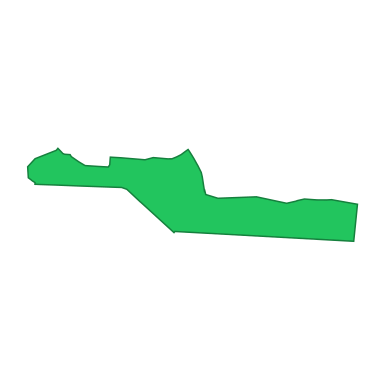 the district of New Cairo-3, Al Qahirah, Egypt, rotated 5°
{"feature_id": "37247803B49811870233448", "entity_name": "New Cairo-3", "entity_type": "district", "adm_level": 2, "iso_a3": "EGY", "parent_name": "Egypt", "parent_adm1": "Al Qahirah", "projection": "albers", "projection_center": [31.48, 29.977], "detail": "fine", "context": "isolated", "style": "filled", "palette": "green", "viewbox_px": 384, "rotation_deg": 5, "n_neighbors": 0, "source": "geoboundaries", "source_scale": "gbopen_adm2", "svg_char_len": 1017}
<svg xmlns="http://www.w3.org/2000/svg" viewBox="0 0 384 384"><g transform="rotate(5 192 192)"><path d="M34.9,198.0L36.3,197.9L39.3,197.8L56.1,196.9L79.6,195.8L83.2,195.6L108.5,194.3L116.2,193.9L121.5,193.6L126.9,195.0L141.4,206.4L141.5,206.4L144.0,208.3L159.3,220.0L177.6,234.0L178.4,232.8L357.4,227.0L357.9,189.8L331.7,187.5L326.8,188.2L317.1,189.0L311.5,189.1L304.6,189.2L297.7,191.4L296.3,192.1L287.3,195.0L256.6,191.2L218.4,196.0L205.9,193.3L204.6,189.5L204.3,189.9L200.9,176.0L199.5,171.7L195.5,165.2L194.3,163.5L191.0,158.6L188.2,154.8L185.6,151.4L184.4,150.0L182.4,151.7L177.8,155.8L173.6,158.4L169.1,160.7L165.0,161.1L150.4,161.1L142.4,164.0L118.5,164.1L107.6,164.4L107.6,165.8L107.7,172.0L106.4,174.4L96.6,174.7L83.2,175.0L78.2,172.6L76.4,171.7L68.7,167.3L67.3,165.4L61.8,165.5L59.9,164.9L58.3,163.4L54.6,160.2L53.2,162.3L32.8,172.5L26.1,181.2L27.7,192.1L28.0,192.3L28.4,192.5L29.3,193.1L30.5,193.8L31.3,194.4L32.3,195.0L34.8,196.3L34.9,198.0Z" fill="#22c55e" stroke="#15803d" stroke-width="1.5"/></g></svg>